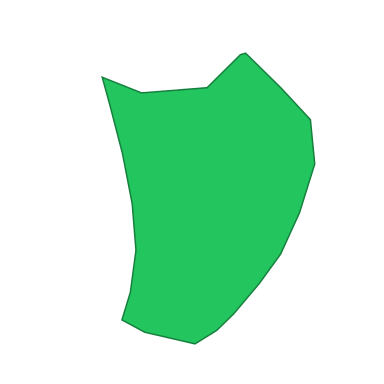 SVG path tracing the border of Middlesbrough, rotated 193°
{"feature_id": "GBR-2031", "entity_name": "Middlesbrough", "entity_type": "Unitary Authority", "adm_level": 1, "iso_a3": "GBR", "parent_name": "United Kingdom", "parent_adm1": "", "projection": "orthographic", "projection_center": [-1.245, 54.532], "detail": "fine", "context": "isolated", "style": "filled", "palette": "green", "viewbox_px": 384, "rotation_deg": 193, "n_neighbors": 0, "source": "natural_earth", "source_scale": "10m", "svg_char_len": 435}
<svg xmlns="http://www.w3.org/2000/svg" viewBox="0 0 384 384"><g transform="rotate(193 192 192)"><path d="M206.4,44.7L231.5,51.6L229.5,80.3L233.5,122.6L247.6,167.0L268.3,213.6L291.5,258.1L305.3,283.6L263.5,277.2L200.8,297.0L175.7,336.7L171.0,339.3L129.0,313.6L92.9,289.1L78.7,246.9L82.6,195.8L91.7,151.4L105.8,118.1L124.0,82.6L136.8,62.7L154.9,44.7L175.4,44.7L206.4,44.7Z" fill="#22c55e" stroke="#15803d" stroke-width="1.5"/></g></svg>